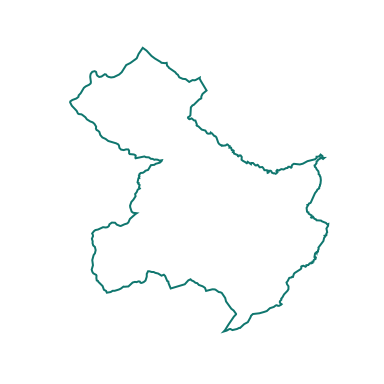 outline of Gámbita, Santander, Colombia, rotated 105°
{"feature_id": "7082276B40597769905914", "entity_name": "Gámbita", "entity_type": "district", "adm_level": 2, "iso_a3": "COL", "parent_name": "Colombia", "parent_adm1": "Santander", "projection": "albers", "projection_center": [-73.279, 5.916], "detail": "fine", "context": "isolated", "style": "outline", "palette": "teal", "viewbox_px": 384, "rotation_deg": 105, "n_neighbors": 0, "source": "geoboundaries", "source_scale": "gbopen_adm2", "svg_char_len": 5991}
<svg xmlns="http://www.w3.org/2000/svg" viewBox="0 0 384 384"><g transform="rotate(105 192 192)"><path d="M99.2,207.3L97.3,207.7L94.5,207.2L90.2,204.2L82.4,212.3L80.4,214.0L79.6,214.1L82.7,217.3L83.4,218.3L83.8,220.5L86.4,223.2L84.6,227.4L85.1,230.2L84.5,234.0L82.4,236.0L81.9,237.5L80.6,239.2L78.0,246.5L77.3,247.1L76.4,248.8L73.8,249.9L74.5,251.3L75.1,255.0L74.5,256.0L72.7,262.3L71.1,266.3L67.2,272.5L65.5,276.9L72.4,279.3L77.2,280.0L83.4,285.0L86.4,288.4L94.5,290.9L97.4,292.8L101.2,297.2L102.3,299.8L102.4,302.5L101.9,304.2L100.8,305.4L100.8,306.7L103.9,309.3L104.9,311.4L104.2,313.4L103.3,314.4L100.9,315.7L100.7,316.2L100.5,317.3L101.7,319.4L104.0,320.4L105.4,320.4L107.2,320.1L112.0,318.1L113.4,318.0L115.1,319.2L117.5,322.0L119.4,323.4L125.5,325.1L128.0,326.5L129.4,326.3L130.2,326.8L131.6,327.9L134.1,331.4L136.0,333.0L137.0,332.9L139.8,330.4L143.5,324.4L145.7,322.5L146.0,321.5L145.6,318.9L145.9,317.9L147.4,314.3L149.0,312.4L150.2,308.5L150.4,306.0L151.4,303.9L153.7,301.5L155.7,301.2L156.9,300.1L156.9,299.2L157.9,297.1L160.7,295.3L162.5,292.7L163.1,289.2L164.4,286.1L164.6,277.9L165.1,275.6L166.0,274.6L168.2,273.5L169.4,271.5L169.2,268.8L167.9,266.7L167.4,264.5L168.3,263.5L171.0,262.7L171.5,262.0L170.8,257.9L171.1,256.2L171.4,255.8L173.7,255.5L174.0,255.2L170.0,247.2L170.3,245.5L169.7,242.6L170.6,240.3L170.2,238.7L170.6,236.7L170.0,235.5L169.7,233.5L170.1,231.5L169.1,229.3L170.0,229.4L172.0,230.7L174.2,234.4L175.5,235.4L176.7,238.6L182.0,240.1L183.6,242.6L184.6,243.0L186.2,244.5L186.8,246.3L188.0,247.3L188.8,247.1L189.6,247.6L190.6,246.8L191.2,247.1L192.1,246.6L192.2,247.2L192.7,247.3L196.8,247.1L197.2,246.6L197.2,245.8L198.1,245.8L198.8,244.4L201.2,244.4L202.1,243.3L203.7,245.0L206.5,245.4L208.7,246.4L210.7,245.4L214.5,246.6L217.3,248.0L221.2,248.3L222.8,247.7L226.6,245.2L227.3,243.4L226.8,239.9L227.9,240.9L234.1,245.0L237.9,245.6L239.2,246.5L240.7,248.9L243.1,251.8L243.4,252.6L243.0,256.1L241.6,258.4L242.3,261.5L244.6,263.4L246.4,263.5L247.8,264.5L248.6,266.1L249.0,268.8L252.6,273.1L253.8,275.5L255.3,276.6L257.9,277.7L259.2,276.6L260.3,276.2L263.1,276.6L265.3,275.2L267.2,274.8L269.2,273.6L270.2,271.6L273.1,270.0L276.3,269.9L278.4,270.7L283.6,270.7L288.4,268.7L293.0,268.8L294.9,267.6L296.1,266.3L296.9,263.1L297.5,262.6L299.9,262.1L302.1,261.1L302.2,259.9L303.0,259.2L306.0,254.0L309.2,251.8L309.8,249.4L311.3,248.2L309.7,244.7L308.0,243.1L307.5,241.2L305.2,237.5L303.8,235.8L301.1,233.7L301.0,232.7L299.7,229.0L294.8,225.9L293.6,223.9L293.4,222.2L292.2,220.6L292.0,219.3L293.0,218.2L292.9,217.2L291.6,215.4L289.6,214.0L285.5,213.8L282.8,214.5L279.9,213.9L279.6,212.5L279.7,210.3L279.2,208.3L279.6,206.5L279.5,203.6L280.7,199.8L279.2,197.8L280.1,196.2L284.4,192.9L284.6,191.7L286.1,191.1L290.7,187.6L283.0,175.1L278.3,172.7L276.7,170.8L277.5,169.6L277.8,167.4L278.8,165.2L278.7,163.3L280.0,161.4L280.3,157.4L281.0,155.2L281.3,154.6L283.9,152.8L280.7,147.1L280.2,144.8L280.3,143.9L281.7,140.3L281.5,138.5L281.8,137.1L285.8,132.5L288.9,130.8L294.6,123.8L295.7,121.1L298.3,117.9L298.8,117.8L301.6,119.3L310.8,122.5L317.0,124.4L318.5,125.2L316.9,122.6L314.8,120.5L314.4,119.5L314.9,117.2L312.7,113.1L311.0,111.2L310.9,110.4L306.1,107.4L303.3,104.4L298.1,103.1L296.2,102.9L294.1,101.6L291.7,95.5L289.2,91.3L287.6,88.9L284.1,86.7L281.9,83.3L279.9,81.7L279.4,80.8L279.7,79.7L279.5,78.6L278.0,76.9L277.2,76.4L276.7,77.8L275.7,78.7L274.8,78.8L272.9,77.8L271.9,78.2L270.4,77.4L267.1,76.6L262.7,74.2L260.9,73.7L258.1,74.4L256.5,76.3L254.9,77.3L253.5,76.6L249.8,75.8L248.7,73.7L248.1,73.5L247.9,72.5L244.9,72.4L243.7,71.9L238.3,67.0L237.0,66.7L236.0,67.2L235.4,67.0L234.4,65.4L234.8,63.0L234.1,62.5L233.1,62.6L232.4,60.7L230.5,59.9L230.1,58.4L229.5,57.6L229.1,58.1L228.8,57.6L228.1,57.6L227.9,56.7L226.4,56.8L225.4,56.2L224.9,55.4L223.2,55.4L223.0,55.7L223.5,56.5L223.2,56.9L219.5,57.2L218.1,56.3L218.6,55.8L217.7,55.9L217.6,55.2L216.7,54.9L215.7,55.2L214.2,54.9L213.0,55.5L205.3,52.4L202.1,52.5L200.7,51.9L199.9,52.6L199.1,51.1L198.7,51.0L198.4,51.4L197.2,51.4L195.9,51.0L192.5,52.7L189.5,51.8L187.7,52.1L188.3,52.9L187.2,54.6L186.7,58.9L186.2,60.0L187.1,64.4L186.3,65.3L186.2,66.8L184.7,68.5L185.7,69.3L185.9,70.1L185.7,70.4L184.5,69.9L183.7,70.3L182.8,73.6L181.5,74.3L181.7,75.0L181.2,75.8L177.7,77.2L175.7,76.7L174.7,77.2L174.4,76.3L172.9,76.1L172.0,74.8L171.2,74.5L161.3,72.9L158.2,71.6L157.3,71.6L155.6,70.1L154.6,70.4L152.9,70.0L151.7,70.3L151.0,70.0L147.2,70.6L144.2,71.8L143.7,72.5L142.7,72.9L142.0,74.3L140.9,74.5L139.2,75.4L137.9,77.4L136.4,78.6L135.9,79.8L134.6,80.5L134.1,80.0L131.9,79.2L130.2,79.6L129.4,78.8L128.4,78.6L126.2,76.6L125.5,76.9L125.3,76.1L126.0,74.6L125.6,74.1L125.9,73.8L124.9,73.1L125.3,74.5L123.5,75.3L122.6,77.5L124.3,78.1L125.4,79.7L125.7,80.8L127.0,80.5L128.6,81.7L132.3,88.4L136.0,92.3L137.5,95.0L138.4,100.9L139.7,102.1L140.7,102.4L142.4,102.2L142.9,102.6L142.4,104.1L142.7,105.5L144.1,106.0L144.7,107.5L146.5,109.3L146.8,111.7L148.8,113.7L148.6,115.4L149.9,115.9L150.8,114.6L152.2,115.3L152.8,116.1L152.5,117.0L152.9,118.1L152.6,119.9L151.4,120.8L151.1,121.6L151.4,122.5L153.4,123.2L153.9,123.9L152.8,124.4L151.7,123.8L151.6,125.4L152.2,127.7L150.5,129.3L149.7,130.5L150.6,133.1L148.9,135.3L148.8,135.9L149.6,136.6L149.9,137.6L148.2,140.6L148.6,142.2L149.9,142.2L148.4,146.0L150.0,146.4L150.1,146.7L149.5,147.7L148.7,151.0L148.0,152.5L145.3,153.0L144.1,154.5L144.3,155.4L145.6,156.5L145.5,156.9L144.5,157.5L144.0,161.3L142.6,162.0L142.8,162.7L141.3,162.5L141.0,163.4L141.3,164.4L139.1,165.7L139.5,167.3L138.0,167.4L138.0,168.2L137.1,169.5L136.9,170.4L138.3,171.6L139.3,174.2L139.1,175.1L139.6,175.3L138.7,178.0L137.6,179.4L132.9,182.6L132.1,183.8L132.2,184.8L130.1,188.1L130.2,188.8L129.8,189.3L130.9,189.6L131.5,191.6L131.3,192.7L129.2,195.0L129.2,198.8L126.9,202.9L126.9,204.0L126.5,204.8L125.5,204.8L122.1,207.2L122.3,208.6L121.0,211.4L122.3,213.1L122.3,213.7L121.4,215.1L120.7,215.1L119.7,214.0L118.3,213.4L110.5,215.0L108.1,213.9L107.4,212.9L100.9,209.1L99.2,207.3Z" fill="none" stroke="#0f766e" stroke-width="2"/></g></svg>